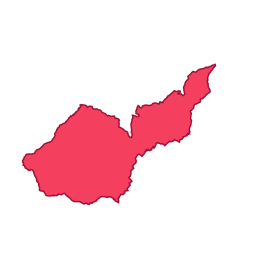 outline of Baia De Cris, Hunedoara, Romania, rotated 48°
{"feature_id": "2599482B28262501709263", "entity_name": "Baia De Cris", "entity_type": "district", "adm_level": 2, "iso_a3": "ROU", "parent_name": "Romania", "parent_adm1": "Hunedoara", "projection": "equal_earth", "projection_center": [22.712, 46.205], "detail": "fine", "context": "isolated", "style": "filled", "palette": "rose", "viewbox_px": 256, "rotation_deg": 48, "n_neighbors": 0, "source": "geoboundaries", "source_scale": "gbopen_adm2", "svg_char_len": 5867}
<svg xmlns="http://www.w3.org/2000/svg" viewBox="0 0 256 256"><g transform="rotate(48 128 128)"><path d="M118.4,233.0L121.5,233.5L122.7,234.0L123.6,233.9L126.3,231.5L127.0,230.5L127.7,229.5L127.7,228.6L128.6,228.6L128.8,228.5L129.8,226.9L130.6,226.2L130.8,225.1L130.4,224.8L130.4,224.0L133.0,222.2L133.6,219.6L134.0,219.0L135.7,218.8L136.8,219.0L141.3,218.1L144.3,218.1L145.5,217.6L146.3,217.5L148.4,215.5L148.8,214.7L150.9,212.9L154.8,211.7L155.2,211.2L155.4,209.9L155.5,209.7L155.9,209.6L156.0,209.2L158.1,208.7L158.9,207.9L158.3,206.3L159.8,205.1L159.9,204.8L159.7,204.7L159.8,203.7L160.2,202.9L160.7,201.0L161.1,200.5L160.5,198.8L160.8,196.8L160.6,195.2L160.8,195.1L161.0,194.2L161.9,192.9L163.7,191.1L165.5,190.1L166.0,188.9L166.4,188.5L166.7,187.6L167.3,187.2L170.1,186.0L170.7,185.9L171.1,186.5L171.4,186.6L172.1,186.0L172.2,185.6L173.3,186.3L177.1,185.0L175.8,183.6L173.8,182.4L173.5,181.9L173.9,181.3L173.3,180.4L173.0,179.6L173.1,178.9L172.8,178.6L172.8,178.3L172.6,177.6L174.1,176.4L174.2,175.3L174.0,175.2L174.1,173.7L172.6,172.8L174.5,169.9L172.6,169.4L171.9,164.6L170.8,164.5L170.6,164.4L171.0,164.3L170.2,164.2L170.2,160.7L165.4,160.6L165.3,158.4L164.6,157.6L164.2,156.6L162.5,155.3L161.8,154.4L161.9,154.0L161.6,153.6L161.8,153.0L161.6,152.2L161.9,150.9L160.7,150.4L159.7,150.6L159.0,148.3L159.2,146.4L158.9,145.0L157.9,143.9L155.5,142.8L154.4,139.2L154.5,138.0L155.0,137.2L156.5,136.8L158.3,136.6L158.4,136.0L157.9,132.9L157.5,131.6L156.6,130.2L156.4,129.0L156.6,128.5L157.0,128.2L157.2,128.3L157.3,128.0L157.7,128.9L158.1,127.9L159.4,126.9L159.2,125.4L159.8,125.5L159.9,124.8L159.2,124.1L159.0,123.5L159.2,122.6L158.6,121.7L158.9,121.6L160.3,122.1L160.3,121.4L159.8,120.6L159.7,119.7L159.2,118.5L158.6,117.9L158.6,117.1L158.4,116.2L160.3,115.1L160.5,114.6L161.8,114.3L163.3,112.6L164.3,112.3L165.0,112.6L165.7,112.5L165.8,111.4L165.6,110.9L165.7,110.2L165.5,109.4L165.8,106.8L165.5,106.1L166.7,105.6L167.6,104.0L167.9,103.2L168.0,101.6L167.8,101.2L169.6,100.6L170.7,99.8L171.9,99.7L172.8,99.2L171.7,97.5L171.8,96.6L172.3,95.6L172.4,95.1L172.4,94.4L172.0,93.4L171.5,93.2L171.7,92.9L171.9,91.9L172.5,90.9L173.1,89.1L172.5,88.1L172.1,88.3L172.0,87.7L173.1,87.4L173.3,87.0L173.1,86.7L172.6,86.7L172.6,86.3L172.8,86.4L173.1,86.2L172.5,86.1L172.3,85.8L172.3,85.4L172.4,84.7L172.2,84.5L171.8,84.6L171.6,84.3L171.3,84.3L170.3,83.6L168.7,81.7L168.2,80.0L167.0,78.3L166.1,77.5L165.3,76.0L165.0,75.8L163.3,75.5L161.1,73.3L159.5,71.1L158.0,70.9L157.1,70.3L157.3,69.1L157.2,66.7L157.0,65.8L156.4,64.9L155.4,63.9L155.1,63.3L155.4,61.7L155.9,61.1L156.2,59.6L157.0,57.4L156.2,55.7L154.9,54.9L155.0,54.3L156.2,52.9L156.0,52.0L156.1,49.7L155.7,47.8L155.8,45.6L156.0,44.1L156.0,42.7L154.8,41.8L151.3,40.9L149.5,39.7L148.7,38.8L147.8,38.9L147.0,38.1L146.0,37.8L146.0,37.2L145.6,36.9L145.7,36.5L143.9,35.2L141.8,31.5L141.7,29.7L141.2,28.0L141.1,26.1L140.5,24.3L140.3,21.3L139.0,20.7L138.3,22.8L137.8,23.3L137.6,24.1L137.6,25.2L136.8,26.5L136.7,27.6L136.5,27.8L136.4,28.4L135.5,28.8L134.8,30.0L134.8,31.7L134.0,32.4L133.6,33.6L133.1,34.0L133.0,34.4L132.6,34.8L132.3,35.5L132.0,36.5L131.8,37.8L132.1,39.3L131.9,40.1L131.6,40.4L129.5,42.0L129.5,43.7L129.8,45.0L129.7,48.9L131.6,50.0L132.2,50.6L131.9,52.5L132.2,53.8L132.7,55.3L134.0,56.9L134.3,58.2L135.1,59.6L136.3,60.3L137.0,61.0L140.9,63.2L140.9,64.2L140.7,65.5L139.0,65.8L138.3,65.6L137.9,66.0L137.7,66.5L136.8,67.1L136.4,67.8L136.1,68.0L135.9,66.9L136.3,65.8L136.1,64.9L135.5,64.6L135.1,65.1L134.3,65.5L133.9,66.4L133.7,67.4L131.7,68.5L131.2,68.6L131.5,70.7L131.3,72.7L131.4,75.0L130.9,76.9L131.6,79.8L131.4,81.0L131.8,83.5L132.0,84.1L131.9,84.5L132.3,84.8L132.3,85.4L132.1,85.6L130.3,86.4L129.9,86.8L130.0,87.3L130.6,87.9L130.9,89.0L129.1,89.9L127.6,91.1L127.0,92.2L126.6,92.5L126.4,93.6L126.8,95.3L125.4,97.1L124.3,98.3L123.0,99.2L122.8,99.9L122.3,100.2L121.4,102.6L121.8,103.4L121.9,104.3L121.7,104.8L120.7,105.4L118.6,105.2L118.1,105.4L118.8,107.3L120.4,109.8L120.5,110.5L120.9,110.7L121.2,111.2L122.3,111.9L122.6,112.4L125.2,110.9L126.6,112.2L125.2,113.9L124.0,114.4L123.8,114.7L121.9,115.7L121.5,116.2L122.3,116.6L123.2,117.4L123.8,117.7L124.0,118.4L124.4,119.4L125.1,119.9L126.1,121.4L127.1,123.2L131.7,126.5L133.5,128.5L135.3,128.9L136.1,129.6L136.8,131.2L137.3,131.7L135.5,133.0L133.0,132.3L131.5,131.6L131.2,131.2L130.1,131.2L128.0,132.2L125.7,132.4L123.1,133.1L122.9,133.3L122.2,133.5L121.2,134.1L118.6,131.5L116.7,130.3L116.5,129.1L115.1,129.1L114.1,129.4L113.7,129.9L113.0,130.0L112.0,131.2L110.1,130.1L108.1,132.7L107.6,133.2L105.6,134.1L105.3,134.8L104.7,135.2L102.2,135.3L99.2,136.8L96.7,136.5L96.0,136.7L94.6,137.9L93.3,138.2L92.2,139.3L91.3,140.6L90.6,141.1L89.8,141.1L88.0,140.3L86.0,142.0L86.0,142.3L85.6,143.0L85.3,144.4L84.1,144.1L83.2,144.2L82.0,144.9L80.7,146.1L79.7,146.6L79.3,147.6L78.9,148.0L79.4,148.5L80.1,148.5L80.3,148.8L80.5,149.0L80.4,149.4L80.8,149.9L80.2,151.2L80.4,151.8L81.2,151.8L81.1,152.6L81.3,153.0L81.6,156.4L81.2,156.4L81.7,158.7L81.9,158.7L82.0,159.5L81.3,159.6L81.5,162.7L80.7,162.8L81.0,163.5L80.9,165.1L81.3,165.9L81.7,167.3L81.7,168.4L81.9,168.9L81.6,169.8L82.2,170.9L82.0,171.1L82.0,172.0L81.3,173.3L81.3,174.2L80.8,175.4L80.3,176.9L81.1,178.2L81.0,180.0L81.3,180.7L81.4,181.6L82.8,184.3L82.9,185.5L83.2,186.0L83.6,186.6L84.6,187.0L84.9,187.4L85.8,189.9L85.9,191.5L86.6,193.0L86.4,194.8L85.1,197.7L83.9,201.0L84.2,203.6L84.4,203.9L84.3,205.6L84.4,206.4L84.3,206.8L84.3,208.1L83.2,210.2L83.6,213.2L84.3,214.2L82.9,217.1L81.1,218.9L80.6,220.1L79.7,220.7L79.6,221.6L80.3,223.3L80.2,224.4L81.1,225.9L81.8,228.1L82.9,229.1L84.2,229.1L85.5,230.8L86.2,230.3L86.8,230.2L89.1,231.1L90.8,230.3L91.9,230.4L93.4,230.0L93.9,229.1L93.9,228.3L94.0,227.9L94.9,227.3L97.1,227.3L100.8,229.1L103.1,229.5L105.9,230.7L106.2,231.4L108.7,231.3L109.9,231.7L110.9,232.8L113.3,233.6L114.7,235.3L115.7,235.3L117.0,234.4L118.4,233.0Z" fill="#f43f5e" stroke="#9f1239" stroke-width="1.5"/></g></svg>